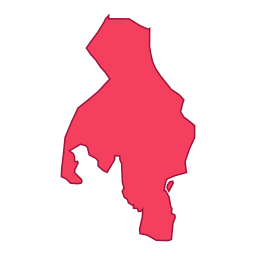 Yonan, Hwanghae-namdo, North Korea
{"feature_id": "82179303B35883429877711", "entity_name": "Yonan", "entity_type": "district", "adm_level": 2, "iso_a3": "PRK", "parent_name": "North Korea", "parent_adm1": "Hwanghae-namdo", "projection": "equal_earth", "projection_center": [126.071, 37.915], "detail": "fine", "context": "isolated", "style": "filled", "palette": "rose", "viewbox_px": 256, "rotation_deg": 0, "n_neighbors": 0, "source": "geoboundaries", "source_scale": "gbopen_adm2", "svg_char_len": 1549}
<svg xmlns="http://www.w3.org/2000/svg" viewBox="0 0 256 256"><path d="M61.3,176.6L65.8,178.7L66.7,179.5L70.6,183.2L77.9,183.7L81.1,183.1L82.0,181.3L81.3,179.3L74.8,172.9L74.7,170.0L78.0,163.0L77.5,161.3L75.9,161.9L74.8,161.3L74.5,156.8L73.3,153.7L69.3,150.8L80.6,144.2L82.7,144.8L85.9,145.8L87.5,147.6L89.3,155.0L95.7,158.3L98.1,161.0L98.1,166.1L103.2,170.5L107.1,172.4L114.7,159.6L114.8,155.7L118.8,155.9L119.8,155.9L119.9,159.6L121.6,163.6L122.4,182.4L124.0,187.9L122.2,191.3L124.3,197.4L127.2,199.1L128.6,203.0L132.6,205.3L133.5,205.0L133.4,208.2L137.4,208.5L138.5,211.5L140.8,211.2L142.7,209.3L142.4,216.4L139.6,229.2L139.6,229.8L140.0,233.6L142.0,234.0L146.9,235.0L156.3,240.3L168.1,240.6L171.4,239.5L173.0,223.1L175.1,217.8L174.8,215.0L171.4,213.3L171.9,208.5L170.6,206.1L169.1,197.2L165.5,190.5L164.1,190.5L165.1,184.5L166.3,180.1L167.9,178.6L175.1,175.6L186.5,172.5L185.0,161.8L189.8,148.0L194.6,137.7L194.7,125.7L188.4,120.5L183.7,117.0L180.6,111.9L182.2,105.0L183.8,99.8L179.1,94.7L171.3,89.5L160.3,75.7L155.7,68.8L152.6,61.9L151.0,55.0L149.5,46.4L149.6,41.3L149.6,34.4L149.7,30.9L149.7,28.4L148.1,29.2L140.2,25.8L129.2,18.9L119.8,18.8L115.0,18.8L108.7,18.8L108.8,15.4L105.6,18.8L104.0,22.2L100.8,27.4L97.6,32.5L91.2,41.1L86.4,48.0L91.1,54.9L95.8,60.0L100.4,66.9L105.1,72.1L109.8,79.0L105.0,84.1L98.7,91.0L90.7,97.9L84.3,103.0L78.0,108.1L71.5,121.9L65.1,137.4L63.4,154.6L61.7,168.3L61.3,176.6ZM173.2,183.2L172.7,181.2L169.8,181.8L167.5,184.9L167.0,187.9L168.9,191.3L173.2,183.2Z" fill="#f43f5e" stroke="#9f1239" stroke-width="1.5"/></svg>